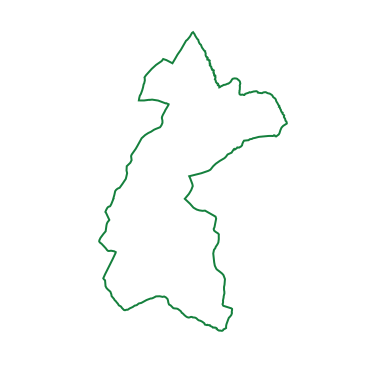 the district of Mbogwe, Shinyanga, United Republic of Tanzania, rotated 212°
{"feature_id": "72390352B61326482335333", "entity_name": "Mbogwe", "entity_type": "district", "adm_level": 2, "iso_a3": "TZA", "parent_name": "United Republic of Tanzania", "parent_adm1": "Shinyanga", "projection": "robinson", "projection_center": [32.171, -3.47], "detail": "fine", "context": "isolated", "style": "outline", "palette": "green", "viewbox_px": 384, "rotation_deg": 212, "n_neighbors": 0, "source": "geoboundaries", "source_scale": "gbopen_adm2", "svg_char_len": 5940}
<svg xmlns="http://www.w3.org/2000/svg" viewBox="0 0 384 384"><g transform="rotate(212 192 192)"><path d="M148.0,300.6L149.3,301.8L150.2,301.9L150.9,302.4L151.7,303.3L152.4,303.7L153.1,303.9L153.9,304.4L154.2,305.4L154.4,305.8L156.4,306.2L157.0,306.6L157.2,307.3L158.4,307.3L159.1,307.8L159.8,308.2L160.3,308.9L161.6,309.4L162.3,310.3L163.0,310.4L163.4,310.3L163.7,311.3L164.7,311.5L166.7,312.7L168.4,313.5L169.3,314.2L169.9,314.8L170.9,315.3L173.4,315.5L175.0,316.4L175.8,316.6L178.3,316.6L179.8,316.0L181.2,315.8L181.9,315.8L182.4,315.7L183.8,314.7L184.5,313.9L184.9,313.0L185.8,312.5L188.4,311.3L188.8,311.2L189.0,311.6L189.4,311.6L189.8,311.7L190.5,311.7L191.0,311.5L191.8,310.8L192.9,310.0L195.3,307.3L196.1,307.1L196.8,305.9L197.9,304.6L198.8,303.5L198.9,303.0L198.9,302.5L199.0,302.0L199.5,301.7L200.6,301.5L202.1,300.3L202.9,300.1L203.5,300.2L204.5,301.3L204.9,302.3L205.4,303.0L205.7,304.1L206.5,305.5L207.3,306.9L207.8,307.3L208.6,309.7L210.0,311.1L211.1,311.5L212.8,311.7L213.4,311.9L214.3,311.8L216.0,311.0L217.3,309.8L217.7,308.7L217.6,307.0L217.7,306.4L217.6,305.9L218.5,303.3L218.9,302.9L219.1,302.8L219.4,302.4L220.4,300.9L221.2,300.1L221.9,299.6L222.7,298.0L223.1,297.6L223.4,297.0L223.9,295.7L224.3,295.2L225.0,296.1L225.5,296.5L226.5,296.3L226.6,296.8L226.9,297.3L227.4,297.6L228.2,297.5L228.5,297.3L229.2,297.8L230.1,298.0L230.6,298.7L231.1,299.2L231.7,299.5L232.3,299.7L232.3,300.4L232.6,300.6L232.7,301.0L232.7,301.4L232.9,301.7L233.2,301.9L233.6,302.8L234.0,303.1L234.4,302.8L234.6,302.5L235.3,302.9L235.5,303.2L235.6,303.5L236.4,304.5L236.9,304.4L237.4,305.0L237.6,305.5L237.7,306.4L237.9,306.6L238.2,306.4L238.3,306.5L239.0,306.7L239.5,306.6L239.6,306.3L239.8,306.3L240.1,306.7L240.1,307.0L240.3,307.1L240.7,307.0L241.1,307.3L241.8,308.2L242.1,308.2L242.3,308.5L243.0,308.7L243.6,308.8L243.8,308.7L244.0,308.8L244.1,309.2L244.1,309.8L244.4,310.0L244.6,310.4L244.8,310.4L245.1,310.3L245.5,311.2L245.8,311.3L246.0,311.7L246.5,312.0L246.6,312.8L247.0,312.9L247.3,312.6L247.7,312.8L248.9,312.5L248.9,312.8L249.2,312.7L249.5,312.8L249.8,313.3L249.7,313.6L249.8,314.1L250.3,314.3L250.6,314.3L250.9,314.4L251.3,314.2L252.0,314.5L252.9,315.2L253.4,315.9L253.7,316.6L254.9,317.7L255.3,317.9L255.5,318.4L256.9,318.4L257.6,318.8L260.1,319.8L262.5,321.6L263.7,321.7L265.1,322.4L266.5,323.5L267.4,324.4L268.7,324.6L272.0,326.2L273.5,327.2L275.8,328.1L276.3,326.9L276.1,322.8L276.6,318.8L277.2,317.1L276.8,306.7L277.1,300.8L276.9,295.9L276.8,290.8L283.6,290.3L286.9,289.5L287.1,287.0L289.8,280.8L291.4,275.1L292.9,266.6L293.0,264.0L292.6,263.7L291.1,261.6L290.1,258.7L290.1,257.7L289.0,254.9L288.1,251.8L287.3,247.9L287.3,246.1L286.5,243.6L285.6,241.5L281.3,244.1L277.3,247.4L277.0,247.6L276.8,247.6L274.8,249.2L269.2,251.6L261.3,253.2L261.0,253.6L258.3,254.0L258.1,253.4L258.0,249.4L258.0,247.0L257.8,246.1L257.6,242.3L257.3,240.0L257.1,239.8L256.9,238.9L255.0,237.0L253.7,235.0L253.3,232.5L253.3,231.7L253.4,230.0L256.2,226.2L257.2,224.7L258.7,221.4L260.3,218.9L261.9,215.5L263.2,210.9L263.0,207.3L262.7,201.8L262.6,198.7L263.0,191.8L262.7,190.2L260.1,187.0L259.8,184.1L261.0,179.3L258.9,175.5L257.0,173.6L255.7,169.9L255.1,168.0L255.3,161.8L255.6,157.3L256.9,155.4L257.5,153.6L257.6,152.0L256.3,148.4L255.0,143.9L254.9,144.0L254.0,138.8L253.9,136.7L254.1,136.2L254.8,135.5L255.3,134.5L255.4,133.9L255.3,131.6L254.9,129.2L253.9,128.8L247.3,124.5L247.3,123.9L247.5,122.8L247.6,121.5L247.4,120.0L246.9,118.5L244.4,112.9L244.9,109.6L245.3,104.7L245.0,102.0L244.5,100.9L243.5,100.4L241.0,100.1L235.4,98.6L233.1,97.7L231.8,97.6L230.7,98.3L229.6,99.3L226.5,100.5L224.8,100.6L224.5,99.8L223.7,93.0L222.1,76.0L221.5,71.8L220.5,71.3L218.9,71.0L215.4,66.3L213.5,65.2L211.5,64.7L208.4,64.2L206.2,62.5L205.0,61.1L201.5,60.0L200.3,59.3L198.6,59.0L197.2,58.4L195.9,58.1L194.0,57.1L192.7,57.2L191.4,57.2L190.1,56.6L187.3,55.9L186.2,56.2L185.2,57.4L184.1,58.1L183.2,60.2L181.3,63.1L180.4,65.3L179.6,66.0L178.8,67.0L178.1,69.2L176.2,71.1L173.3,76.3L171.1,79.2L170.5,79.9L169.7,80.4L168.7,81.8L167.2,84.4L164.1,86.5L161.3,87.5L160.3,88.6L158.5,88.8L156.1,88.3L154.8,87.2L153.5,85.7L151.9,84.4L150.0,84.5L146.3,83.6L145.2,84.0L143.0,85.1L141.7,85.3L138.5,85.0L137.5,84.6L136.7,84.1L136.0,84.2L134.9,84.0L133.3,83.6L131.4,83.3L129.7,83.3L128.2,83.8L127.5,84.5L126.8,85.4L125.9,86.0L125.0,86.0L123.5,86.8L122.4,87.2L121.2,87.2L119.4,86.8L118.0,86.8L116.9,87.2L115.3,87.4L114.2,87.4L112.0,87.2L110.9,86.4L108.9,87.0L108.4,87.6L108.1,87.5L106.3,88.5L105.8,88.1L105.3,88.1L104.1,88.3L103.0,88.3L102.3,88.1L101.6,88.8L100.9,88.9L100.1,89.5L99.1,89.5L98.6,89.4L98.5,88.9L97.8,88.9L97.3,88.7L95.5,88.8L94.9,89.4L93.6,89.8L92.7,90.5L92.4,91.4L92.5,92.1L91.6,93.5L91.0,94.7L92.1,96.5L92.7,98.1L93.7,102.8L94.1,104.9L93.7,106.4L93.5,108.6L94.0,110.6L94.7,111.2L95.5,113.2L96.1,114.1L96.9,114.2L105.1,112.1L105.8,112.4L106.7,113.1L106.9,114.2L107.4,115.3L108.2,116.3L109.3,119.3L109.8,120.2L110.3,121.6L110.7,123.0L111.8,124.7L112.9,125.9L114.5,128.4L115.3,130.6L117.9,135.6L121.3,138.2L123.3,138.8L125.7,139.1L130.1,139.5L131.1,140.0L133.6,141.6L135.9,144.1L141.4,151.1L142.7,154.6L142.5,156.7L142.8,158.0L142.7,161.1L142.9,163.1L144.3,166.2L146.1,169.0L146.8,170.3L148.1,170.7L150.8,170.7L152.8,171.0L154.0,172.1L154.3,174.1L157.4,182.2L159.0,183.6L171.1,183.1L173.1,181.6L176.1,180.3L178.8,179.6L182.5,179.5L187.5,181.0L194.5,182.4L193.6,188.8L193.7,193.3L194.5,197.4L195.9,198.9L201.0,202.8L202.7,203.9L194.0,212.9L189.3,218.7L188.2,220.7L187.7,225.1L186.8,228.6L184.9,233.1L182.4,237.9L181.9,239.9L181.7,242.7L179.3,246.3L179.2,250.4L179.0,250.9L178.2,250.7L177.2,253.0L177.2,253.8L175.6,254.6L174.5,256.7L174.3,258.2L174.8,259.5L175.1,261.4L175.1,263.1L171.5,265.9L171.0,267.3L169.3,268.8L168.8,269.8L167.2,271.3L164.5,274.2L156.9,280.0L154.8,281.4L153.0,282.4L152.5,283.6L151.8,283.8L151.0,283.4L150.1,283.7L148.9,286.8L149.0,288.3L149.8,291.3L150.2,294.1L149.7,296.5L147.9,300.2L148.0,300.6Z" fill="none" stroke="#15803d" stroke-width="2"/></g></svg>